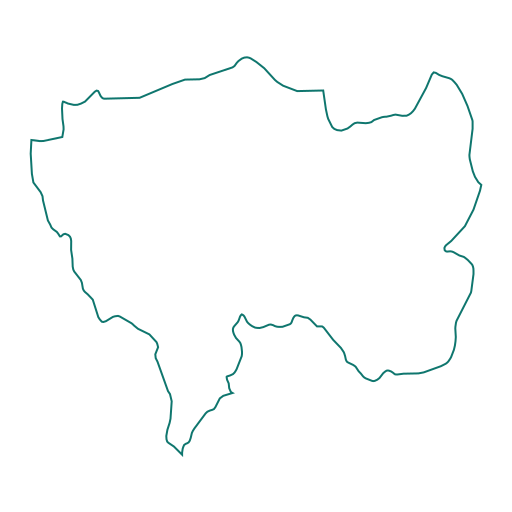 SVG path tracing the border of Junín
{"feature_id": "PER-590", "entity_name": "Junín", "entity_type": "Department", "adm_level": 1, "iso_a3": "PER", "parent_name": "Peru", "parent_adm1": "", "projection": "equal_earth", "projection_center": [-74.886, -11.684], "detail": "fine", "context": "isolated", "style": "outline", "palette": "teal", "viewbox_px": 512, "rotation_deg": 0, "n_neighbors": 0, "source": "natural_earth", "source_scale": "10m", "svg_char_len": 4023}
<svg xmlns="http://www.w3.org/2000/svg" viewBox="0 0 512 512"><path d="M481.3,184.9L480.0,190.7L473.5,209.6L464.9,226.2L451.2,241.0L446.2,245.1L445.1,246.4L444.4,248.0L444.7,250.2L445.7,251.2L447.0,251.6L450.3,251.3L452.1,251.6L453.6,252.2L459.4,255.5L463.8,256.9L465.1,257.8L467.7,259.9L471.7,264.1L472.4,265.1L473.0,266.7L473.4,268.6L473.5,270.7L473.5,274.1L471.3,291.0L470.9,292.7L456.6,320.7L456.0,322.6L455.4,326.8L455.3,328.5L455.8,337.0L455.5,341.3L454.9,345.6L453.9,349.8L451.1,357.1L450.2,358.7L448.3,361.5L447.1,362.7L445.8,363.7L440.9,366.2L423.7,372.4L418.4,373.4L403.5,373.7L397.3,374.5L395.2,374.4L394.0,373.6L393.4,373.0L391.2,371.5L388.8,370.6L387.5,370.5L386.5,370.7L385.1,371.6L383.2,373.2L379.5,378.0L377.3,379.7L374.7,380.9L373.3,381.1L372.1,380.9L365.8,378.4L364.3,377.5L363.0,376.3L360.9,373.6L358.6,371.2L355.7,366.8L354.6,365.9L353.1,364.9L348.1,362.5L346.9,361.7L346.5,361.0L346.1,360.2L345.8,359.4L345.1,356.1L344.2,353.2L343.6,351.9L340.9,347.9L333.2,339.9L323.8,327.7L322.3,326.5L321.4,326.4L317.0,326.4L310.4,319.6L307.8,317.8L304.0,317.3L298.0,315.4L296.6,315.3L295.6,315.5L294.9,315.9L294.3,316.5L293.4,317.8L292.5,319.8L291.5,322.5L290.9,323.4L289.9,324.2L282.5,326.8L279.2,326.9L277.0,326.7L274.9,326.1L273.2,325.2L270.8,324.5L269.0,324.7L263.3,327.1L259.6,328.0L257.2,327.9L255.1,327.6L252.2,326.2L250.3,324.9L249.2,324.0L248.1,323.0L247.0,321.7L244.4,316.5L243.4,315.3L241.8,314.4L240.8,315.3L240.0,316.7L239.1,319.3L238.5,320.8L237.7,322.2L234.4,326.0L233.4,327.4L232.9,329.1L233.0,331.1L233.5,333.0L234.2,334.8L236.0,338.0L239.4,341.7L240.4,343.2L241.0,345.0L241.5,347.1L242.0,351.7L242.0,354.0L241.7,356.2L236.6,369.2L235.7,370.8L234.6,372.5L233.0,374.1L230.0,375.5L227.7,376.2L226.9,376.5L226.6,376.9L226.9,378.9L227.1,379.8L228.7,383.4L229.2,388.1L229.5,388.9L230.6,391.4L231.0,392.0L231.3,392.3L232.5,393.0L223.3,395.8L219.8,398.4L215.4,407.1L213.9,409.1L212.1,409.9L210.0,410.5L207.4,411.7L205.6,413.4L194.5,428.3L192.9,430.8L191.9,432.9L190.7,437.9L189.7,440.8L188.6,442.4L187.1,443.3L185.8,443.8L184.2,444.9L183.4,446.6L182.7,448.7L182.1,452.6L182.1,454.7L173.9,446.5L168.4,442.8L167.2,441.6L166.5,439.3L166.3,436.0L167.4,429.8L169.6,422.9L170.5,418.7L171.7,401.3L170.0,394.1L168.0,391.1L157.5,361.7L155.7,358.1L155.3,354.3L158.1,347.2L157.2,343.7L156.5,342.1L149.4,334.4L138.0,328.8L134.1,325.6L132.9,324.4L131.6,323.3L119.8,316.5L118.0,315.9L114.9,316.3L112.9,316.9L105.9,321.2L103.3,322.0L101.8,321.7L99.7,319.3L98.3,317.1L92.8,299.7L87.8,294.4L85.0,292.0L83.8,290.6L82.9,288.7L81.9,282.8L80.8,280.0L74.2,271.5L73.3,269.6L72.7,266.6L72.4,258.7L71.1,249.9L71.2,241.0L70.8,238.5L70.0,236.7L68.4,235.1L65.2,233.8L63.4,234.3L61.0,236.4L59.9,236.4L58.2,233.7L56.8,231.9L53.2,229.3L51.5,227.6L50.2,224.6L47.9,220.5L43.0,200.4L42.5,196.2L40.6,192.1L33.4,182.5L31.9,173.9L30.7,153.7L31.4,140.0L39.8,141.1L43.4,141.0L62.3,137.0L63.6,129.4L63.5,126.3L62.5,119.1L62.0,108.5L62.3,104.0L62.9,101.7L63.6,101.7L64.5,102.0L65.2,102.4L66.4,102.8L67.8,103.5L73.9,104.9L77.4,104.8L81.0,103.6L85.0,101.6L94.8,91.7L96.6,90.6L98.1,91.0L98.9,92.4L100.5,95.8L101.5,97.1L102.5,98.1L103.4,98.5L104.3,98.7L139.6,97.8L172.4,84.0L185.0,79.6L199.5,79.3L204.7,78.1L209.7,75.0L232.5,67.4L234.5,66.0L236.8,62.8L238.5,61.0L241.8,58.6L244.3,57.6L247.0,57.3L249.0,57.7L250.7,58.4L256.4,62.0L264.2,68.2L274.9,79.9L277.2,81.9L283.1,85.7L297.2,91.1L323.2,90.5L325.9,109.3L327.4,116.3L328.2,118.9L332.2,127.0L334.3,128.9L337.1,130.1L341.4,130.6L347.5,128.5L350.3,126.5L352.5,124.6L354.6,123.2L357.3,122.6L365.8,123.2L369.0,122.8L371.4,122.1L374.1,120.0L382.0,117.2L384.2,116.8L386.5,116.7L391.1,115.7L393.3,115.0L395.5,114.6L402.2,115.8L406.6,115.7L408.8,114.7L411.0,113.2L413.0,111.2L414.9,108.7L426.1,88.0L431.8,74.6L433.7,72.4L435.9,72.9L439.1,74.9L442.3,76.2L449.2,78.2L450.8,78.9L452.2,79.8L454.5,82.2L456.7,84.8L462.2,93.9L467.5,106.0L472.4,120.2L472.6,121.5L472.6,128.8L469.4,155.0L469.5,156.9L469.8,159.3L472.8,171.3L475.0,176.9L478.3,182.2L481.3,184.9Z" fill="none" stroke="#0f766e" stroke-width="2"/></svg>